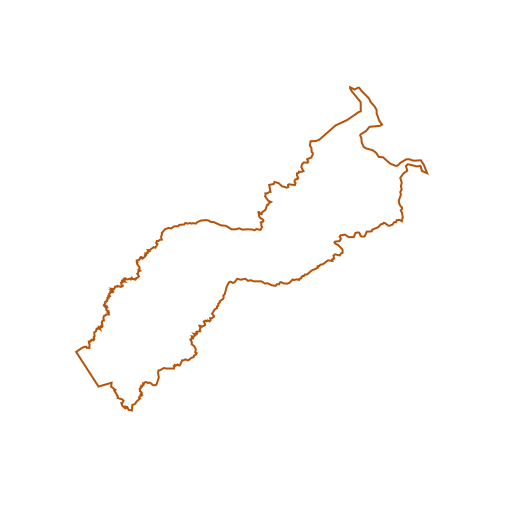 the district of Miranda, Cauca, Colombia, rotated 300°
{"feature_id": "7082276B64224569928745", "entity_name": "Miranda", "entity_type": "district", "adm_level": 2, "iso_a3": "COL", "parent_name": "Colombia", "parent_adm1": "Cauca", "projection": "equal_earth", "projection_center": [-76.228, 3.222], "detail": "fine", "context": "isolated", "style": "outline", "palette": "amber", "viewbox_px": 512, "rotation_deg": 300, "n_neighbors": 0, "source": "geoboundaries", "source_scale": "gbopen_adm2", "svg_char_len": 6106}
<svg xmlns="http://www.w3.org/2000/svg" viewBox="0 0 512 512"><g transform="rotate(300 256 256)"><path d="M413.3,362.8L419.1,355.4L421.3,350.9L417.3,344.8L416.4,340.4L414.9,337.8L409.0,334.5L405.2,333.5L403.9,332.0L403.1,325.9L405.0,316.6L403.2,312.8L405.5,308.2L405.9,304.0L404.3,297.7L404.3,294.8L407.2,290.7L410.6,288.5L412.5,285.9L413.7,285.8L419.2,288.8L424.6,289.7L430.6,298.1L432.8,299.5L434.9,294.9L439.8,289.2L442.9,287.3L445.0,283.5L446.6,278.4L449.0,274.9L451.8,264.5L453.3,261.4L452.8,260.2L449.5,258.2L449.2,253.1L448.3,253.6L446.4,256.9L441.6,269.7L433.7,274.4L431.9,272.9L419.6,267.1L408.8,259.6L388.5,252.7L385.4,250.3L382.7,245.9L378.4,247.5L377.3,250.0L374.0,252.1L373.5,253.7L372.3,254.4L368.9,254.6L365.4,251.9L363.7,254.2L362.5,253.9L361.0,250.7L358.4,250.0L355.6,250.8L353.2,254.7L351.3,252.9L350.5,251.0L349.2,251.4L348.0,250.1L346.1,251.4L344.7,253.5L343.9,253.0L343.3,253.4L342.0,251.8L340.5,251.8L339.3,252.4L338.9,253.8L336.9,254.2L334.5,248.6L333.4,248.2L331.9,249.5L330.6,248.5L329.4,243.5L330.4,239.4L329.4,235.0L327.4,235.4L324.1,231.9L318.8,236.5L318.2,235.5L316.3,234.7L314.9,232.8L313.8,233.8L312.2,234.0L310.0,238.9L310.3,242.0L307.9,240.6L306.6,241.0L305.7,240.1L300.5,241.1L297.0,239.4L294.9,239.9L294.7,238.9L295.6,236.9L295.2,236.2L291.6,239.2L290.9,241.4L291.1,243.4L290.3,244.8L289.2,244.8L287.5,243.3L286.5,244.7L285.0,245.2L284.1,246.9L280.8,246.8L279.6,242.9L277.6,241.9L277.3,240.1L275.1,235.6L272.1,231.2L271.5,227.5L268.8,224.9L266.9,221.6L267.1,214.9L265.0,210.2L264.3,202.8L262.8,199.3L263.1,197.4L262.3,195.1L259.0,190.4L255.6,188.0L254.1,187.8L252.9,185.0L251.8,184.0L251.6,182.6L249.9,180.6L249.2,178.2L247.4,178.1L244.6,174.0L242.9,173.7L240.7,170.3L237.4,168.7L236.6,166.3L233.9,163.9L228.7,162.9L228.1,163.6L225.2,164.2L223.1,166.2L222.0,164.7L220.1,164.0L219.5,162.7L217.5,162.9L217.1,164.7L212.8,164.7L212.5,162.9L208.2,161.2L207.1,159.6L206.7,161.2L205.5,160.0L204.4,160.7L203.0,158.9L202.0,160.3L201.1,159.3L200.2,160.2L197.4,159.2L197.9,157.2L197.3,156.6L197.0,156.6L197.3,157.7L196.8,158.3L196.4,156.8L194.1,156.7L192.5,155.0L191.5,156.3L191.1,155.8L189.6,157.1L188.1,160.6L186.9,161.4L185.6,161.1L185.3,163.0L184.0,161.7L181.9,162.6L181.3,162.1L179.9,164.8L178.1,164.3L175.8,162.6L175.5,164.2L174.4,160.8L175.0,159.4L173.2,159.3L173.5,158.3L171.6,156.6L170.8,154.8L171.4,154.0L170.9,153.3L170.2,153.0L169.7,154.1L168.6,153.0L168.2,155.0L167.3,152.6L166.4,153.5L165.4,152.5L163.2,154.5L163.7,155.4L163.2,155.6L161.6,154.3L160.9,151.1L160.3,151.4L159.1,149.3L156.4,149.7L155.3,147.1L155.0,148.4L154.1,147.5L154.2,149.2L153.6,150.3L153.0,150.1L152.7,148.3L152.1,147.8L151.5,148.5L149.4,147.7L148.2,149.5L147.3,148.2L146.3,149.3L145.5,148.3L144.1,149.3L143.0,148.8L142.5,149.5L140.6,148.4L140.2,149.0L137.2,148.8L136.5,150.6L136.9,151.1L137.9,150.7L137.9,151.8L137.0,153.1L136.0,152.2L134.3,153.6L134.4,155.8L133.3,155.5L133.4,156.9L132.5,156.9L131.9,157.8L130.4,155.4L129.4,155.4L128.5,154.4L126.2,154.7L124.1,156.5L123.3,155.5L121.3,155.5L120.1,157.1L119.2,157.0L118.3,158.3L117.2,158.0L117.3,156.8L116.1,156.9L116.0,155.8L114.7,157.4L115.0,155.3L113.7,155.3L113.4,154.3L110.7,155.0L109.0,154.1L105.8,156.3L104.7,156.0L103.8,157.0L103.0,156.8L102.6,157.6L101.7,157.4L101.2,155.4L99.6,155.5L98.6,154.2L98.3,155.0L97.4,154.7L96.0,156.2L93.0,157.7L92.5,155.9L91.8,155.5L92.5,154.3L91.9,153.3L89.7,151.4L83.0,148.2L64.2,184.9L74.0,194.3L70.4,195.9L69.8,201.1L68.7,200.4L66.3,204.9L65.6,205.3L65.4,206.4L63.8,207.2L64.9,211.5L64.5,213.6L62.1,213.7L61.3,212.9L59.4,215.2L58.7,219.1L59.7,219.7L60.4,218.6L60.9,220.0L59.1,222.4L60.1,225.7L65.0,223.4L67.9,225.4L69.6,225.2L74.7,226.8L75.0,225.4L76.5,225.5L78.4,227.0L79.2,226.3L78.9,225.3L80.4,225.4L81.0,224.1L80.8,223.2L82.8,221.7L83.8,222.3L84.8,221.6L85.7,222.5L86.5,221.6L87.6,223.1L89.2,222.0L89.4,222.8L90.7,222.6L92.0,224.1L91.8,225.7L93.0,226.8L93.2,228.1L92.7,231.7L94.0,233.7L95.6,234.0L102.2,232.6L106.1,229.4L108.2,228.8L108.8,229.8L112.9,232.2L113.7,234.6L117.5,241.2L119.1,240.8L119.6,240.0L120.2,240.7L121.0,240.2L121.3,241.7L122.8,242.2L122.7,243.9L123.1,244.7L128.8,244.2L129.3,245.4L131.2,246.5L131.5,249.0L132.5,249.8L135.6,251.0L137.2,252.6L138.7,252.0L140.7,253.3L142.3,253.1L142.3,251.5L145.0,250.6L146.9,248.0L147.5,244.3L149.1,243.7L150.8,241.0L151.4,241.6L153.1,241.2L152.9,243.4L154.4,240.7L155.2,242.4L157.0,243.0L157.6,241.2L158.5,243.7L159.4,243.8L159.8,242.5L160.5,242.3L163.0,245.3L164.2,244.1L166.0,243.9L167.3,241.9L167.7,242.5L167.8,244.6L170.6,246.4L171.3,246.2L173.1,243.5L174.7,244.4L174.7,245.9L176.1,246.3L176.1,248.4L177.7,248.8L179.2,247.5L179.4,248.4L182.3,250.0L182.9,249.8L184.0,246.8L189.0,246.9L191.4,248.3L192.8,247.5L194.2,248.2L195.7,247.2L197.7,247.9L198.7,247.2L202.3,248.9L203.7,248.8L205.5,247.5L207.3,248.0L214.7,246.0L219.4,245.7L221.1,246.9L221.1,249.4L222.5,250.5L226.8,251.1L227.9,254.7L231.0,258.2L230.5,261.5L232.4,263.5L233.0,266.9L236.7,273.2L236.7,277.8L238.2,279.6L238.5,284.1L239.9,287.8L242.1,288.3L243.1,290.2L244.9,289.9L245.9,290.7L246.0,293.4L247.8,297.1L250.0,298.6L253.9,299.4L254.2,300.9L256.0,302.8L256.8,305.2L257.7,304.9L259.2,306.3L260.5,305.8L262.1,306.5L262.6,307.5L264.2,307.5L265.7,309.6L271.0,311.3L276.7,315.4L278.0,314.5L278.9,315.9L280.5,316.0L282.4,318.1L288.2,320.5L290.0,324.7L291.1,323.6L292.8,325.0L295.0,322.9L297.0,323.6L298.3,328.2L300.9,328.4L302.2,329.4L304.9,327.6L306.5,322.0L306.4,318.2L307.1,317.1L308.1,317.4L310.7,320.9L313.4,320.9L314.7,318.7L316.2,319.0L319.0,322.4L318.7,326.9L321.2,331.2L325.8,330.6L327.6,332.8L327.7,333.9L325.7,336.6L325.8,338.0L326.9,339.9L327.8,340.3L332.4,339.7L335.2,343.9L336.9,343.5L342.2,347.5L345.8,348.2L347.4,349.8L348.5,349.9L349.0,351.2L348.4,355.1L349.0,356.5L351.6,358.6L354.2,358.7L355.4,360.4L357.3,359.9L359.2,362.5L359.0,364.9L363.0,363.7L366.3,361.0L367.9,358.5L369.4,359.0L371.0,358.2L371.4,356.3L372.7,354.2L375.2,352.0L381.6,350.8L383.5,349.0L386.6,348.8L388.9,346.6L392.3,345.6L395.7,341.9L401.1,342.4L405.5,344.4L408.9,340.8L411.4,341.6L414.1,350.7L416.1,353.1L416.0,353.9L412.6,357.1L413.3,362.8Z" fill="none" stroke="#b45309" stroke-width="2"/></g></svg>